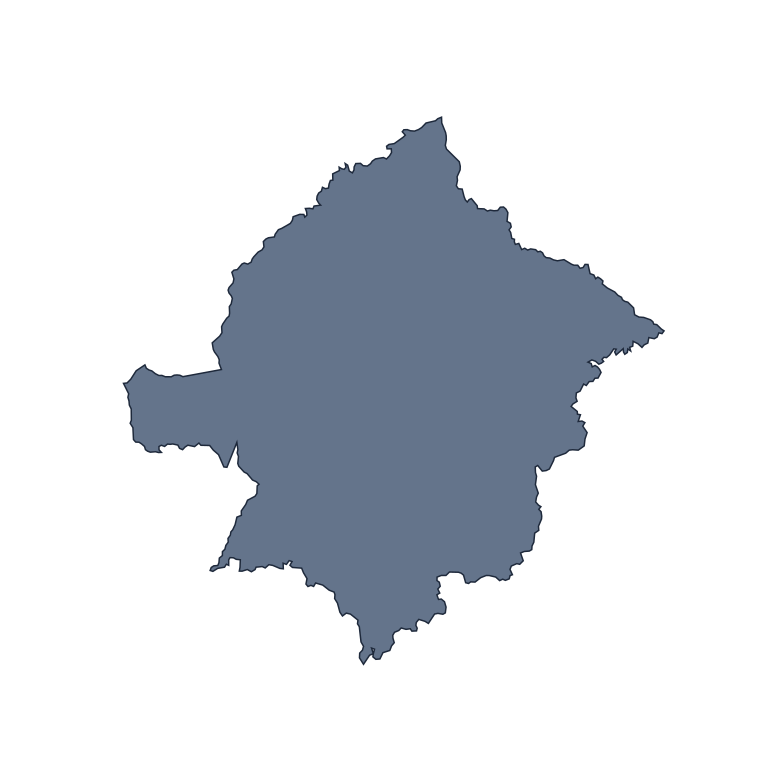 outline of Recursolândia, Tocantins, Brazil, rotated 20°
{"feature_id": "56859067B91371942486930", "entity_name": "Recursolândia", "entity_type": "district", "adm_level": 2, "iso_a3": "BRA", "parent_name": "Brazil", "parent_adm1": "Tocantins", "projection": "albers", "projection_center": [-47.121, -8.697], "detail": "fine", "context": "isolated", "style": "filled", "palette": "slate", "viewbox_px": 768, "rotation_deg": 20, "n_neighbors": 0, "source": "geoboundaries", "source_scale": "gbopen_adm2", "svg_char_len": 6171}
<svg xmlns="http://www.w3.org/2000/svg" viewBox="0 0 768 768"><g transform="rotate(20 384 384)"><path d="M346.8,113.6L343.8,116.3L342.4,119.0L334.2,124.4L331.7,130.1L329.4,133.1L326.2,135.9L322.2,137.0L318.9,137.0L315.7,138.3L314.9,140.7L318.9,142.9L317.7,145.4L311.4,154.6L306.7,157.2L305.1,159.7L306.5,162.0L310.4,160.5L311.9,163.9L311.2,167.6L309.4,171.7L306.0,171.4L299.0,175.4L296.8,178.5L296.0,181.6L293.8,184.9L289.7,186.0L286.5,184.7L282.1,186.5L281.7,190.3L282.6,193.2L282.1,196.4L278.6,195.8L275.0,190.8L272.1,190.1L274.1,193.3L273.2,195.9L270.6,196.2L267.7,195.6L269.1,198.7L263.9,204.1L266.2,209.9L264.0,211.1L264.0,214.9L264.8,218.9L262.1,220.5L258.9,220.2L259.2,224.2L257.3,226.9L256.9,230.4L257.7,233.7L260.7,236.3L263.3,237.6L257.4,240.7L257.3,243.7L253.8,244.4L250.1,246.0L252.4,248.7L253.8,251.6L252.5,254.3L250.7,252.1L246.8,253.4L241.4,257.9L241.9,261.5L241.1,265.1L234.6,272.8L232.0,275.1L230.5,280.5L230.7,283.3L225.4,286.1L223.4,288.2L221.9,291.4L224.3,296.2L223.5,299.7L220.6,303.1L218.1,309.1L217.4,311.7L217.5,314.9L215.0,317.9L211.3,318.1L209.5,319.8L207.0,326.7L204.0,328.4L202.8,331.0L207.0,336.6L207.6,340.6L205.4,346.3L205.4,349.1L207.3,351.6L210.2,353.3L212.2,355.4L213.0,361.0L212.2,364.2L214.7,370.3L215.2,373.1L213.7,376.0L212.0,382.8L211.8,385.7L214.2,391.2L213.2,395.3L208.5,404.1L211.8,409.9L213.7,411.8L218.5,415.0L220.9,417.6L221.8,420.8L226.3,426.0L192.5,445.9L189.2,445.6L186.4,446.3L183.8,447.5L181.6,450.0L176.0,452.0L172.4,451.9L169.5,453.0L165.5,452.5L161.4,451.1L158.3,451.2L155.3,450.5L152.8,447.8L146.6,456.3L144.4,466.1L142.2,470.9L139.0,472.5L147.4,480.5L147.9,484.1L150.2,487.2L151.9,490.9L155.0,493.9L159.0,504.5L158.9,507.7L163.0,510.9L167.6,521.9L170.5,523.5L173.7,522.5L176.7,523.2L180.3,524.6L182.3,527.3L184.8,528.0L187.7,528.0L192.5,525.8L195.6,525.5L198.2,524.4L195.1,522.8L193.9,519.7L195.7,517.7L199.2,517.7L201.1,514.5L203.7,513.8L206.0,512.6L211.2,511.9L213.9,514.4L217.2,514.6L218.6,511.3L220.6,508.6L227.4,507.6L230.3,502.8L232.9,504.2L241.2,501.4L246.2,504.5L252.7,507.0L261.9,516.7L264.9,516.0L265.7,489.2L269.1,495.6L269.6,499.0L272.0,501.8L273.8,508.7L275.6,510.9L282.7,514.6L286.0,515.0L293.3,519.2L297.4,519.5L300.8,520.9L299.7,523.1L302.0,530.4L301.2,533.6L295.5,539.9L295.3,544.5L293.3,552.1L294.9,556.2L291.3,559.4L292.2,567.1L291.7,572.8L290.7,575.3L291.3,578.7L290.2,582.4L291.7,585.9L290.6,589.7L291.0,593.7L289.5,596.8L290.8,600.5L288.8,603.9L290.0,608.3L289.9,611.4L286.2,613.1L284.4,615.5L284.4,618.7L287.3,618.6L290.8,614.1L296.8,610.7L297.5,607.3L300.1,607.5L298.2,602.3L298.7,599.8L302.0,598.8L305.0,599.3L309.1,598.3L311.4,605.5L312.0,609.3L314.7,608.4L319.0,605.1L323.6,605.8L326.3,602.5L326.4,599.9L332.0,597.2L335.3,597.5L337.6,593.2L341.5,592.5L349.3,592.9L352.6,592.1L350.5,586.9L354.0,586.9L355.3,582.4L358.3,582.3L357.6,586.5L360.7,587.7L369.6,585.2L372.9,588.9L378.2,593.2L379.1,598.7L381.8,600.3L384.2,598.2L387.1,598.3L387.8,594.4L395.2,593.9L403.0,596.5L408.3,596.6L410.0,598.8L411.0,602.5L415.2,605.8L420.6,613.5L424.3,616.2L426.9,612.2L431.2,611.7L440.3,614.8L441.1,618.4L443.8,620.5L450.6,634.2L454.5,637.5L454.8,641.5L453.2,645.2L454.6,649.7L460.6,654.4L463.2,643.8L466.2,641.1L466.9,644.2L470.5,645.5L474.2,643.8L474.9,636.8L480.6,632.4L480.7,627.4L482.1,623.6L479.3,619.7L478.2,617.2L478.8,613.7L482.2,610.6L483.6,607.4L488.6,607.0L492.4,605.0L494.7,606.7L499.0,604.9L498.7,602.1L496.5,599.9L495.9,597.0L497.2,593.3L503.7,593.0L507.6,593.8L510.2,582.9L513.1,581.1L518.1,580.2L519.9,578.1L518.6,572.4L515.3,567.9L511.4,566.5L508.9,567.8L505.8,564.0L507.9,561.4L504.7,558.3L506.0,554.8L503.7,551.3L501.0,550.6L499.9,547.3L503.3,544.3L507.7,542.7L509.8,538.3L518.4,535.4L521.3,535.4L524.1,536.4L528.7,542.8L531.7,542.5L533.1,540.3L537.3,539.0L541.1,532.9L545.5,529.0L548.4,528.0L555.0,527.2L559.9,529.2L562.3,526.8L565.2,527.0L568.3,524.3L568.0,520.9L569.9,519.3L565.8,515.1L565.9,511.5L570.2,507.4L573.2,507.0L575.3,502.5L570.1,496.1L573.1,493.4L577.7,491.3L579.5,489.1L578.5,485.6L578.9,481.4L576.6,472.6L579.5,468.6L577.8,464.8L578.2,457.0L577.4,454.2L575.3,450.3L572.3,448.8L573.4,445.6L570.6,445.0L566.9,443.0L566.0,438.1L566.3,433.8L560.7,426.8L558.9,418.5L556.6,415.4L554.5,410.2L556.3,408.0L562.5,411.7L566.0,409.9L568.5,407.3L569.5,398.0L569.3,394.6L578.4,386.9L580.7,382.8L583.7,381.3L589.2,379.7L593.3,373.7L591.7,367.0L591.5,360.2L585.2,355.6L586.0,351.6L582.7,351.1L579.3,352.8L579.1,345.7L576.1,346.2L575.0,343.7L567.5,341.1L568.3,338.2L571.4,334.2L569.1,331.4L567.8,326.6L570.7,323.6L571.6,315.8L574.6,316.2L576.0,311.5L579.4,310.1L580.2,306.5L583.1,305.2L584.0,298.9L581.5,296.5L578.8,295.0L576.0,294.4L573.8,296.7L571.7,293.9L568.2,293.7L571.1,290.3L575.1,290.3L579.1,291.9L581.1,290.1L582.7,287.7L580.4,286.2L581.5,283.7L584.1,283.1L586.1,279.5L587.9,272.4L590.3,271.9L589.8,275.0L592.2,277.3L596.7,269.0L598.1,272.0L600.1,273.7L601.9,271.2L601.1,267.7L604.5,268.6L602.3,265.5L604.8,263.4L603.5,258.7L608.8,259.3L613.9,261.4L615.1,258.2L617.9,255.3L617.0,249.8L622.5,249.0L624.6,246.5L624.8,241.9L628.0,241.6L629.0,238.3L625.8,237.5L620.0,234.9L617.0,235.5L615.3,233.5L612.5,232.5L605.3,232.6L600.7,233.9L595.8,233.2L592.5,227.1L585.1,223.7L581.9,224.0L579.2,223.2L577.5,221.3L573.5,220.7L569.4,218.6L561.1,217.4L554.9,215.3L554.5,212.3L551.6,211.1L548.4,210.4L546.9,212.7L543.9,209.8L539.9,209.8L534.8,201.9L532.0,202.9L531.3,206.4L528.7,208.2L525.4,206.1L521.9,207.4L519.2,207.3L510.6,205.6L504.8,208.9L500.8,209.4L496.8,208.9L493.2,209.8L490.6,208.9L488.1,206.5L485.5,205.8L483.3,207.2L480.6,205.9L475.6,206.9L473.2,209.0L469.8,208.3L467.4,210.6L462.6,205.8L459.7,207.9L457.9,205.9L457.1,203.4L454.3,203.5L451.2,198.3L448.8,196.4L449.8,192.9L447.8,189.7L444.0,189.1L441.8,180.6L438.7,177.9L435.8,176.8L432.8,178.1L431.5,182.1L428.1,183.6L424.4,184.3L422.0,186.1L418.2,185.2L411.9,187.2L410.6,184.6L402.7,179.9L400.9,181.6L400.0,184.5L397.5,183.2L395.2,180.6L390.8,174.1L387.1,175.1L384.2,173.0L383.4,167.5L381.8,164.3L382.3,156.8L381.2,153.3L378.7,149.4L362.4,141.9L360.0,138.8L359.0,133.2L357.6,129.6L355.9,126.7L349.0,119.0L346.8,113.6ZM466.2,641.1L462.6,636.4L465.8,636.4L466.2,641.1Z" fill="#64748b" stroke="#1e293b" stroke-width="1.5"/></g></svg>